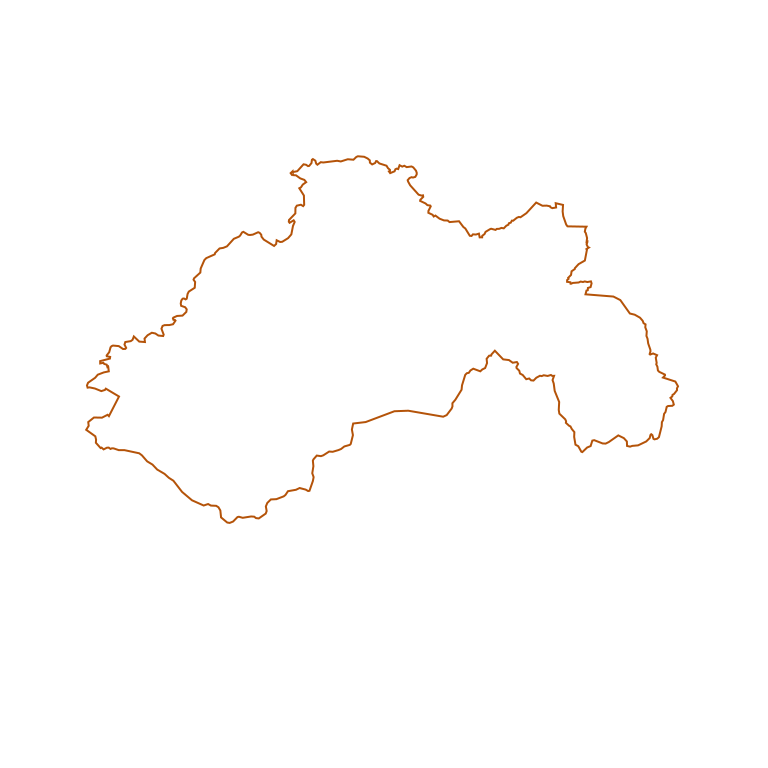 San Diego la Mesa Tochimiltzingo, Puebla, Mexico (Albers equal-area conic projection), rotated 49°
{"feature_id": "50627088B84838795319332", "entity_name": "San Diego la Mesa Tochimiltzingo", "entity_type": "district", "adm_level": 2, "iso_a3": "MEX", "parent_name": "Mexico", "parent_adm1": "Puebla", "projection": "albers", "projection_center": [-98.329, 18.762], "detail": "fine", "context": "isolated", "style": "outline", "palette": "amber", "viewbox_px": 768, "rotation_deg": 49, "n_neighbors": 0, "source": "geoboundaries", "source_scale": "gbopen_adm2", "svg_char_len": 6165}
<svg xmlns="http://www.w3.org/2000/svg" viewBox="0 0 768 768"><g transform="rotate(49 384 384)"><path d="M167.6,290.1L167.5,291.3L169.7,293.8L170.3,297.4L169.7,298.4L167.4,299.0L165.4,300.6L166.5,309.8L164.2,313.9L163.5,313.4L163.6,316.1L165.7,316.3L166.1,315.1L166.8,315.5L168.8,313.5L173.9,312.3L177.7,310.2L180.6,310.3L180.2,314.5L181.1,317.6L180.7,319.5L189.2,320.8L196.4,326.7L196.7,328.3L194.2,329.1L192.2,332.8L193.0,335.3L197.1,339.0L197.9,348.1L199.1,349.4L200.4,349.5L201.2,344.8L203.1,345.1L205.0,349.0L210.3,355.8L211.0,360.7L209.9,367.5L208.7,369.2L205.1,370.7L207.6,373.6L207.7,376.4L196.1,380.0L192.4,379.8L190.8,378.7L188.3,378.7L186.9,379.4L185.2,385.0L183.6,387.4L182.3,388.6L176.9,390.3L176.5,391.7L177.6,395.2L177.6,396.9L175.9,402.1L177.1,412.2L175.8,416.0L173.8,419.2L174.3,425.5L175.1,426.7L172.4,435.5L172.6,438.2L176.6,446.6L179.4,449.5L179.6,458.0L180.3,459.3L183.1,459.6L187.2,463.7L186.2,470.7L187.2,473.2L190.2,476.9L190.0,478.2L188.2,478.9L187.5,480.0L188.0,482.2L189.9,484.6L191.9,485.8L195.6,483.7L198.2,483.9L199.9,485.9L200.2,491.2L196.9,495.5L195.7,499.4L195.9,500.2L197.4,500.8L198.4,499.8L199.4,499.8L200.5,504.0L198.7,507.3L195.6,511.0L194.9,513.0L196.3,515.7L202.2,517.9L202.9,519.2L199.4,522.5L195.9,523.4L193.0,525.6L192.1,530.4L192.6,534.9L195.5,536.9L191.4,540.9L184.0,541.6L185.7,544.8L185.5,547.0L182.6,551.7L184.0,554.0L187.6,554.9L187.8,556.2L186.4,558.0L181.4,559.3L177.2,563.3L176.7,564.8L176.9,566.3L179.7,570.5L180.5,574.6L181.2,575.0L183.9,572.9L185.0,574.2L180.5,583.2L182.3,584.7L183.9,581.9L185.3,582.0L187.5,580.6L189.7,581.6L189.8,580.7L190.2,580.9L193.9,583.4L191.4,587.9L189.2,593.9L189.8,597.9L188.9,606.5L190.2,609.1L192.3,610.1L193.4,608.4L197.8,605.1L203.9,602.0L205.4,598.5L205.0,597.0L219.6,592.2L227.8,612.7L225.9,612.8L224.4,618.9L219.0,624.9L218.7,632.2L221.8,634.3L223.2,638.8L234.1,636.2L237.1,637.8L239.3,640.0L246.4,639.9L246.7,638.9L249.4,638.5L250.3,634.9L251.4,633.5L253.6,633.0L254.0,631.6L255.2,630.3L260.0,627.5L263.6,623.3L275.7,614.2L279.0,613.5L287.0,613.5L292.9,611.6L299.8,611.3L307.8,608.6L313.7,607.9L318.8,606.4L333.0,607.2L345.8,605.2L357.4,599.8L359.2,595.5L362.2,594.4L365.8,590.6L368.4,589.8L372.1,590.5L377.8,594.5L385.7,593.2L387.6,591.6L388.8,588.1L388.3,581.9L389.0,580.6L392.3,578.4L396.8,571.2L399.0,569.0L401.2,568.6L403.3,566.7L404.2,558.3L402.9,555.9L398.9,553.5L397.2,550.1L396.9,545.1L400.3,540.8L403.0,533.4L403.1,531.2L401.9,526.8L406.1,519.8L407.1,516.0L412.3,512.4L415.0,511.5L415.7,510.3L410.6,501.4L408.1,498.2L404.3,496.7L399.7,491.2L395.2,488.0L394.6,486.7L393.9,481.7L397.1,478.9L398.0,476.6L399.0,469.7L401.5,467.2L404.0,461.7L404.9,459.0L405.1,454.9L407.5,449.8L407.4,448.4L402.2,441.0L397.3,438.1L393.6,433.2L400.7,422.8L411.4,394.0L420.1,383.2L447.5,360.8L448.6,357.1L446.9,349.0L445.8,347.0L443.4,345.0L442.7,340.5L439.2,329.2L436.2,326.0L430.4,316.7L430.2,314.4L431.2,312.7L430.5,309.9L431.0,306.6L437.6,303.0L437.5,300.3L438.3,297.2L435.8,292.5L432.3,290.0L431.6,286.1L432.9,284.5L432.2,283.6L431.6,278.5L443.6,277.9L447.9,274.0L452.4,272.9L454.6,269.3L456.8,269.6L458.0,272.9L459.0,273.5L462.7,273.2L465.3,274.5L468.2,273.4L473.7,273.5L475.1,270.8L477.7,270.6L479.5,268.9L479.2,264.9L480.1,260.9L481.5,259.8L482.2,257.7L485.3,255.2L486.7,252.1L488.3,251.7L489.4,250.3L491.6,254.2L495.0,255.6L501.2,259.7L512.5,263.6L518.2,269.1L521.4,271.1L529.6,270.4L531.6,271.0L532.6,272.2L537.0,271.7L538.3,271.1L541.2,271.8L545.2,271.9L548.7,275.2L555.4,279.3L558.4,278.2L564.6,279.5L565.5,279.0L565.2,272.3L566.4,268.8L563.4,263.9L564.3,262.2L572.3,258.0L574.4,255.8L575.3,252.4L576.5,240.9L582.2,238.5L586.7,238.4L590.2,241.2L592.7,239.4L593.6,237.2L597.0,232.5L599.4,223.8L599.1,218.9L597.3,216.4L597.2,215.3L598.6,215.0L602.2,216.6L603.2,216.2L604.5,213.8L604.5,211.4L598.1,202.2L595.1,199.3L594.3,197.0L590.3,192.2L589.8,189.9L586.7,185.6L587.0,184.0L589.6,180.7L589.7,178.8L586.4,177.2L582.4,176.9L582.5,174.6L581.5,173.4L581.8,171.6L580.9,166.9L579.5,165.8L578.6,163.6L573.3,162.5L562.2,169.2L561.9,166.3L561.2,165.8L555.4,168.3L553.5,168.4L550.3,166.3L547.7,165.6L547.0,164.4L542.4,161.6L541.4,159.0L537.5,160.9L536.4,163.8L535.7,163.9L534.1,161.4L532.9,160.5L526.7,158.0L522.7,155.4L519.9,154.4L516.6,151.1L512.6,149.6L510.6,147.5L508.4,148.2L506.0,147.3L501.9,147.3L496.2,149.3L492.1,152.2L475.7,150.6L468.5,153.5L448.5,173.1L446.3,169.9L446.9,168.7L445.3,167.1L446.4,164.5L444.2,161.3L442.3,160.5L440.5,163.6L438.3,165.2L437.6,166.9L435.7,168.4L435.1,170.5L431.6,175.2L431.1,177.0L430.7,177.4L429.5,176.6L427.0,178.8L425.7,177.6L425.7,175.7L424.7,175.4L424.4,171.3L422.0,168.5L422.4,164.6L421.8,163.9L421.2,158.5L422.6,151.4L415.6,142.5L415.0,142.6L415.4,139.9L414.5,140.3L411.7,139.6L410.3,137.4L410.0,137.1L409.7,137.9L407.1,135.0L402.5,132.7L400.8,132.5L398.8,130.0L398.1,128.0L385.4,142.1L383.2,141.9L374.9,138.6L371.0,136.0L366.3,131.4L360.2,135.8L363.7,138.3L361.7,141.6L359.8,142.4L358.8,142.1L356.1,144.2L353.4,147.5L346.9,150.1L348.5,164.5L347.7,171.6L346.4,172.6L345.7,174.7L345.5,179.4L344.6,180.3L345.4,182.5L344.6,184.3L345.4,185.6L344.8,187.8L345.1,191.5L343.2,193.0L342.5,195.2L340.9,197.2L340.9,198.7L337.1,201.3L336.7,202.4L335.8,207.5L336.8,209.8L336.6,212.6L337.7,213.7L336.1,215.6L332.8,213.7L331.5,216.6L329.4,218.7L329.7,220.8L328.4,222.0L320.0,220.6L317.6,221.1L310.4,220.6L304.8,228.3L302.4,228.7L299.9,231.4L295.7,233.6L290.6,234.7L290.2,236.6L288.2,236.3L283.9,238.2L282.5,236.9L280.6,232.2L279.7,232.0L277.5,233.9L275.0,234.2L269.5,236.6L268.8,235.7L268.5,231.6L267.2,230.8L266.5,232.0L263.8,233.7L251.2,233.9L247.0,233.0L245.7,232.4L245.3,229.6L246.0,227.5L247.2,226.7L248.2,224.5L247.3,221.9L246.2,220.8L244.0,219.9L239.7,219.8L237.9,220.5L235.2,224.6L232.6,225.5L231.9,227.6L229.1,228.7L231.1,232.3L229.8,233.1L229.4,234.5L230.4,236.5L228.9,241.0L226.8,240.8L227.1,239.7L226.2,239.0L223.8,239.4L220.9,238.9L214.5,242.8L211.2,243.1L210.6,243.7L211.4,245.7L210.5,248.9L207.7,249.4L205.9,248.0L203.1,248.4L199.5,249.9L195.0,254.3L194.5,255.9L194.7,259.9L190.6,263.9L187.7,270.6L184.8,272.9L177.0,284.5L175.1,286.2L174.8,290.4L173.2,290.6L170.4,289.3L167.6,290.1Z" fill="none" stroke="#b45309" stroke-width="2"/></g></svg>